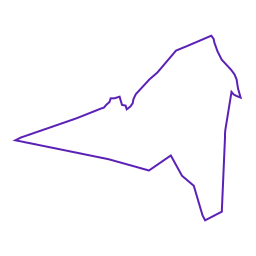 outline of Canhoba, Sergipe, Brazil
{"feature_id": "56859067B36241430136927", "entity_name": "Canhoba", "entity_type": "district", "adm_level": 2, "iso_a3": "BRA", "parent_name": "Brazil", "parent_adm1": "Sergipe", "projection": "robinson", "projection_center": [-36.995, -10.153], "detail": "fine", "context": "isolated", "style": "outline", "palette": "violet", "viewbox_px": 256, "rotation_deg": 0, "n_neighbors": 0, "source": "geoboundaries", "source_scale": "gbopen_adm2", "svg_char_len": 722}
<svg xmlns="http://www.w3.org/2000/svg" viewBox="0 0 256 256"><path d="M213.7,39.1L211.3,35.7L184.8,47.0L182.0,48.1L176.0,50.6L157.3,72.6L149.5,79.3L135.8,94.2L133.5,99.0L132.7,103.2L130.3,106.6L126.7,109.3L125.6,105.6L122.0,104.9L120.6,100.2L119.6,96.7L114.3,98.3L110.7,98.3L109.5,102.0L106.3,104.8L103.9,107.6L100.6,108.7L76.2,118.4L20.9,137.5L15.4,140.3L108.5,159.2L148.9,170.5L170.8,155.5L182.0,175.8L193.8,185.8L200.9,209.9L202.6,215.5L205.1,220.3L216.9,214.2L221.8,211.7L225.0,137.4L225.0,133.8L225.3,130.2L231.5,91.9L233.7,94.5L236.8,96.1L240.6,97.6L238.0,88.4L236.6,79.5L234.5,74.4L231.1,69.8L221.7,59.7L218.9,54.1L217.4,51.1L216.1,47.4L214.4,42.7L213.7,39.1Z" fill="none" stroke="#5b21b6" stroke-width="2"/></svg>